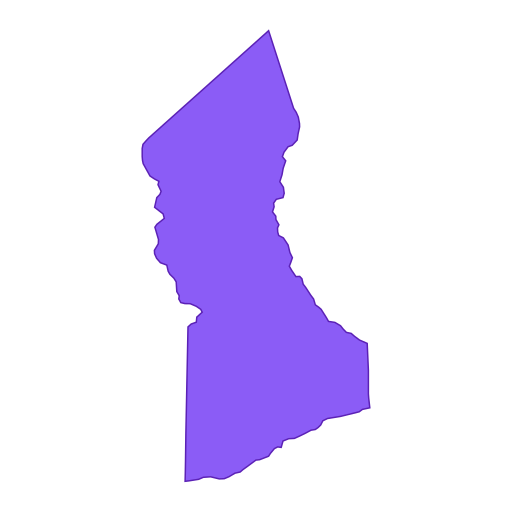 outline of Orocó, Pernambuco, Brazil
{"feature_id": "56859067B75752294715592", "entity_name": "Orocó", "entity_type": "district", "adm_level": 2, "iso_a3": "BRA", "parent_name": "Brazil", "parent_adm1": "Pernambuco", "projection": "mercator", "projection_center": [-39.584, -8.455], "detail": "fine", "context": "isolated", "style": "filled", "palette": "violet", "viewbox_px": 512, "rotation_deg": 0, "n_neighbors": 0, "source": "geoboundaries", "source_scale": "gbopen_adm2", "svg_char_len": 1822}
<svg xmlns="http://www.w3.org/2000/svg" viewBox="0 0 512 512"><path d="M268.6,30.7L148.8,137.9L145.9,141.0L143.0,144.3L142.2,148.4L142.2,156.5L142.5,160.3L143.2,163.7L150.0,176.0L154.4,178.9L158.9,181.3L158.0,184.7L161.1,191.3L159.9,194.4L156.8,197.6L154.6,207.3L163.1,213.9L164.3,218.4L156.9,224.3L154.9,227.2L158.5,239.5L158.3,243.8L154.4,250.3L154.6,253.8L156.6,258.3L160.4,262.7L166.8,265.1L168.2,271.3L169.9,274.3L173.9,278.2L176.2,281.9L176.8,291.6L179.2,295.7L178.8,299.0L180.8,302.6L184.9,303.6L190.2,303.7L196.3,306.3L200.7,309.3L202.2,312.2L196.8,317.1L196.3,322.2L191.2,324.0L188.0,326.9L185.9,432.4L185.5,461.4L185.3,472.9L185.1,481.3L188.6,480.9L198.7,479.3L203.3,477.3L210.6,476.8L219.3,478.9L224.2,478.7L229.0,476.7L234.9,473.2L240.2,472.0L242.8,469.7L246.7,466.9L255.9,460.1L259.6,459.7L268.6,456.2L270.4,453.4L274.4,448.6L277.7,446.9L281.2,447.4L283.0,441.0L288.7,438.7L294.4,438.4L299.7,436.0L305.8,433.0L311.0,430.2L315.3,429.5L318.0,427.6L320.7,425.0L322.8,420.8L327.5,418.5L340.5,416.4L359.2,411.8L362.4,409.4L369.8,407.8L368.7,398.1L368.4,393.9L368.4,386.6L368.4,370.5L367.2,343.4L359.6,340.1L354.5,336.3L351.2,333.4L346.4,332.4L343.2,329.1L340.5,325.7L334.9,322.4L328.5,321.4L326.3,317.5L321.1,309.3L318.7,307.2L315.3,304.8L313.6,299.0L310.6,295.0L305.8,287.6L303.2,284.2L301.9,278.7L299.7,276.4L295.9,276.6L291.7,270.4L289.3,266.2L290.6,262.9L292.4,257.7L289.9,252.5L288.1,245.0L283.4,237.9L278.7,235.5L277.7,232.0L277.5,227.9L278.9,224.8L275.9,219.5L275.8,216.2L272.5,211.9L274.1,206.8L273.6,203.1L276.3,199.3L283.0,197.6L284.2,193.3L283.4,187.3L279.8,181.7L282.0,174.8L283.2,168.2L285.7,160.8L282.4,156.7L284.0,152.2L288.1,146.7L292.2,145.3L297.2,140.0L298.1,133.7L299.6,126.9L299.5,123.5L298.3,117.1L296.2,112.3L293.6,108.3L268.6,30.7Z" fill="#8b5cf6" stroke="#5b21b6" stroke-width="1.5"/></svg>